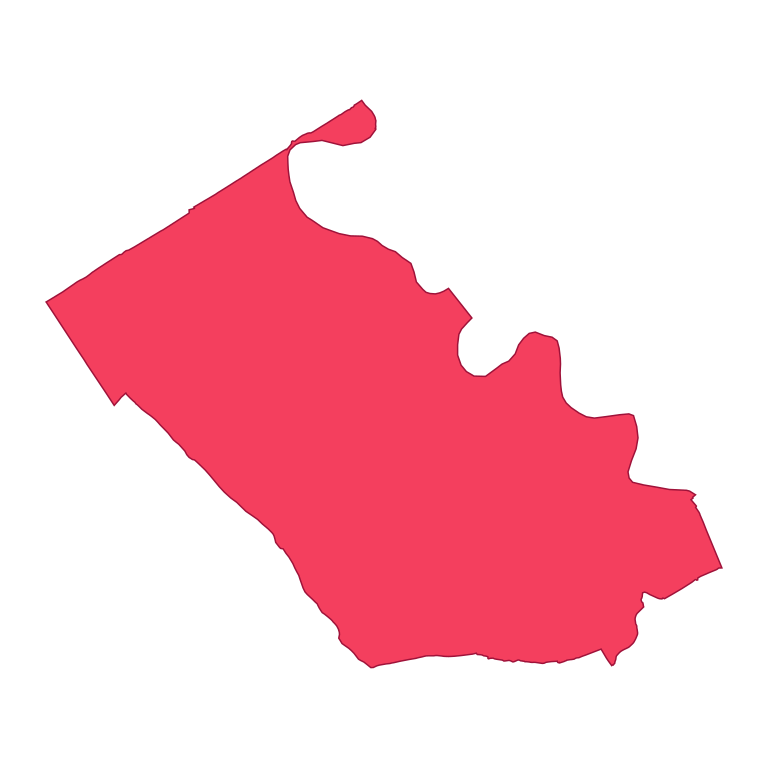 Cotofenii Din Dos, Dolj, Romania
{"feature_id": "2599482B33095899744211", "entity_name": "Cotofenii Din Dos", "entity_type": "district", "adm_level": 2, "iso_a3": "ROU", "parent_name": "Romania", "parent_adm1": "Dolj", "projection": "mercator", "projection_center": [23.638, 44.42], "detail": "fine", "context": "isolated", "style": "filled", "palette": "rose", "viewbox_px": 768, "rotation_deg": 0, "n_neighbors": 0, "source": "geoboundaries", "source_scale": "gbopen_adm2", "svg_char_len": 6102}
<svg xmlns="http://www.w3.org/2000/svg" viewBox="0 0 768 768"><path d="M611.7,665.6L612.6,664.9L613.1,665.1L613.3,665.0L614.0,664.0L614.6,663.5L614.7,663.3L615.0,661.6L615.5,660.3L615.8,659.3L615.9,658.5L616.1,656.9L616.6,655.7L619.0,653.0L620.4,651.7L620.8,651.4L621.5,650.9L623.8,649.6L626.6,648.3L628.6,647.3L629.5,646.6L632.1,644.2L632.9,643.4L633.5,642.7L634.2,641.6L635.7,638.8L636.9,635.9L637.5,634.3L637.6,633.4L637.6,632.6L637.5,632.0L637.2,629.8L636.9,628.2L636.8,627.8L636.8,626.6L636.7,625.9L636.6,625.5L636.0,624.4L635.7,623.9L635.6,623.2L635.5,622.3L635.3,620.9L635.1,619.9L635.1,619.0L635.2,617.9L635.9,615.5L637.0,613.5L643.7,606.9L643.4,606.0L643.3,605.0L642.9,602.9L642.2,602.4L641.5,601.3L641.2,600.4L641.1,599.2L641.7,598.3L642.2,596.7L642.4,594.5L642.6,592.8L644.6,592.1L646.8,592.8L649.7,594.5L657.6,598.1L659.4,598.7L661.7,598.9L662.4,598.7L662.5,598.2L663.4,598.2L664.5,598.7L672.4,594.2L681.9,588.6L692.2,582.0L695.2,579.6L696.1,579.7L696.8,580.2L697.7,579.9L697.7,579.0L697.9,577.9L700.7,576.3L709.0,572.7L716.3,569.7L717.0,569.3L717.5,569.0L718.0,568.5L718.6,568.1L719.3,568.0L720.8,568.0L721.9,567.9L706.2,529.9L703.2,522.2L701.4,518.1L700.0,514.8L699.6,513.5L698.8,512.0L695.6,507.3L696.1,506.8L696.4,506.1L691.0,499.7L693.0,498.1L692.6,497.3L695.5,494.8L689.6,491.1L686.5,490.3L669.4,489.5L656.9,487.2L643.4,484.9L632.6,482.3L629.1,478.0L628.0,471.9L631.5,460.6L636.1,448.8L638.0,437.9L636.7,426.5L633.5,415.6L628.9,413.9L620.0,414.7L606.2,416.6L594.4,418.1L586.3,416.8L578.9,413.0L571.1,407.6L566.2,403.0L562.7,397.1L561.4,391.2L560.7,385.1L560.1,372.9L560.5,364.0L560.3,358.4L559.1,348.1L557.2,340.9L552.1,337.2L544.3,335.6L535.3,332.1L529.2,333.4L523.6,338.3L518.7,344.8L515.2,353.9L508.8,361.1L502.0,364.1L496.0,368.7L485.5,376.4L474.0,376.1L466.4,371.6L461.1,365.2L457.6,355.1L457.6,344.8L458.9,334.3L461.6,329.0L467.4,322.6L471.9,318.0L448.5,288.4L443.8,291.2L439.7,292.9L435.3,293.9L429.9,293.5L426.0,292.3L422.8,289.4L416.4,282.0L414.0,272.0L410.9,263.4L402.2,257.5L395.4,251.7L388.4,249.2L382.1,245.5L377.5,241.4L372.6,238.7L362.4,236.2L350.4,235.9L339.1,233.6L329.6,230.2L322.8,227.7L312.1,220.3L307.1,217.2L299.7,208.4L295.8,200.6L293.5,192.5L289.9,181.8L288.9,175.2L288.2,169.3L287.9,163.2L287.7,156.3L290.0,149.9L295.6,144.6L300.2,142.7L313.1,141.5L322.0,140.4L342.9,145.6L354.3,143.3L361.0,142.6L370.1,137.2L375.8,129.4L375.7,128.0L375.4,128.1L375.7,127.1L375.8,126.6L375.7,125.5L375.6,124.2L375.8,121.7L375.9,120.7L375.6,119.9L375.0,117.3L374.1,115.4L371.7,111.4L365.2,105.2L361.7,100.4L355.8,104.3L354.3,105.1L354.2,105.6L353.5,106.8L352.9,107.2L352.2,107.4L351.5,107.7L351.2,108.2L350.8,108.3L350.3,108.9L349.9,109.5L349.4,109.7L348.3,109.9L347.2,110.5L345.2,111.6L341.1,114.5L339.1,115.3L337.7,116.3L326.1,123.7L321.5,126.5L313.3,131.7L311.4,132.7L310.3,133.0L309.2,132.9L307.3,133.3L306.1,133.9L302.5,135.4L299.5,137.4L295.1,141.1L294.7,141.2L294.3,141.2L293.7,141.2L292.9,141.0L292.4,141.0L292.1,141.2L291.7,141.6L291.6,142.1L291.5,142.7L291.5,143.5L291.3,143.9L290.9,144.5L290.3,145.4L288.4,147.6L287.3,148.9L286.8,149.7L286.2,149.2L282.7,151.2L276.9,154.9L272.6,157.9L260.8,165.2L242.3,177.3L241.5,177.9L236.7,180.8L224.6,188.5L218.3,192.4L215.4,194.4L193.8,207.1L194.5,208.0L194.5,208.3L194.2,208.5L189.1,209.8L189.2,212.8L188.8,213.3L163.2,229.8L160.7,231.1L134.3,247.0L128.7,250.1L126.1,250.7L123.9,252.3L122.4,253.8L121.7,254.3L121.3,254.5L120.6,254.6L119.5,254.6L119.0,254.9L107.6,262.2L99.0,267.8L92.2,272.4L89.5,274.6L86.3,277.0L82.9,278.9L80.1,280.2L77.1,281.9L62.6,292.0L46.1,302.0L46.6,302.5L47.1,303.5L52.0,310.9L71.9,341.3L76.8,348.8L81.8,356.3L83.5,358.8L84.7,360.7L87.0,364.4L106.4,393.5L114.2,405.4L119.0,400.0L121.1,397.3L125.5,393.4L125.9,393.1L126.7,394.5L130.5,398.4L133.3,401.0L134.8,402.2L136.2,404.1L137.1,404.6L139.0,406.4L141.9,409.3L147.6,413.6L148.7,414.3L151.4,416.3L155.3,419.5L157.4,421.7L160.2,424.9L164.9,429.7L168.1,433.0L173.4,439.9L176.1,442.2L178.7,444.2L183.5,449.5L184.9,451.1L186.8,454.7L189.1,457.4L192.4,459.5L194.5,459.9L197.4,462.5L205.2,470.0L210.3,475.8L219.3,486.7L224.4,492.2L230.8,498.0L236.7,502.3L241.5,507.0L245.9,511.3L252.2,515.6L257.6,519.4L262.5,524.1L268.3,529.0L271.9,532.6L273.2,534.2L274.1,536.1L275.1,539.7L275.7,542.4L277.3,544.5L279.5,547.3L280.6,548.4L281.6,548.6L283.1,548.8L285.9,553.2L288.9,557.0L292.9,563.6L294.8,567.9L296.7,571.6L298.8,575.4L300.2,579.7L303.1,588.0L305.0,591.9L307.2,594.4L310.0,597.0L312.7,599.5L315.5,602.3L317.2,603.8L318.0,605.6L319.4,608.3L321.0,610.8L322.2,612.6L324.5,614.1L328.0,616.9L330.7,619.2L332.3,620.8L333.1,621.9L334.1,622.9L335.4,624.3L336.8,626.0L338.4,629.1L339.3,632.2L339.5,634.5L338.9,637.3L338.8,638.3L340.1,640.3L342.0,643.5L344.5,645.3L348.8,648.3L351.4,650.6L354.1,653.4L358.5,659.2L360.7,660.5L363.8,662.0L366.9,664.4L370.8,667.6L373.3,667.5L376.9,665.8L379.4,665.1L386.1,663.9L390.0,663.5L391.7,663.0L393.7,662.7L400.2,661.2L409.0,659.5L415.6,658.4L418.2,657.7L422.0,656.9L423.9,656.4L426.1,655.9L428.3,655.8L433.7,655.8L435.8,655.5L437.1,655.5L441.8,656.0L443.7,656.3L445.3,656.4L448.6,656.5L451.3,656.4L454.6,656.2L461.5,655.5L472.5,654.1L476.3,653.2L476.6,653.7L477.3,654.5L480.5,654.7L482.2,655.0L483.7,655.8L485.9,656.1L487.5,656.6L488.0,657.0L487.9,657.8L488.0,658.5L488.4,658.8L489.4,658.6L490.2,658.3L492.0,658.2L493.2,658.2L494.4,658.8L496.3,659.2L501.7,660.0L502.6,660.2L503.8,661.0L504.7,661.0L509.0,660.4L510.3,660.7L512.8,661.9L513.7,661.8L514.8,661.4L517.7,660.1L518.6,660.0L519.4,660.2L520.6,660.8L521.2,660.9L522.1,660.9L523.0,661.2L524.0,661.2L524.9,661.7L525.9,661.7L526.9,661.7L528.1,661.9L529.1,661.9L530.1,662.2L531.7,662.4L532.8,662.4L534.0,662.3L535.5,662.4L542.3,663.4L543.6,663.3L544.7,663.0L545.8,662.4L547.3,662.1L551.3,661.6L554.6,661.4L556.5,661.3L557.3,661.2L557.5,662.0L557.8,662.4L558.3,662.7L559.1,662.7L559.5,662.5L559.7,662.9L564.1,661.5L565.1,661.0L565.9,660.8L566.8,660.2L569.8,659.7L571.9,659.5L574.2,659.1L575.2,658.5L576.2,658.0L577.5,657.8L578.9,657.7L580.7,656.9L582.4,656.2L585.8,655.0L601.1,649.1L606.6,658.4L608.5,661.2L611.7,665.6Z" fill="#f43f5e" stroke="#9f1239" stroke-width="1.5"/></svg>